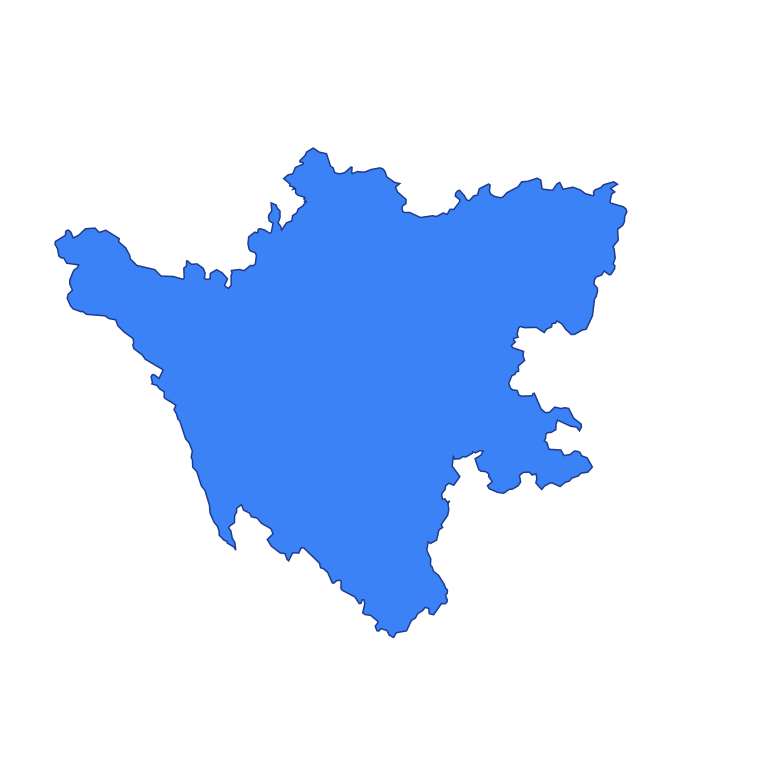 SVG path tracing the border of Sichuan, rotated 344°
{"feature_id": "CHN-1809", "entity_name": "Sichuan", "entity_type": "Province", "adm_level": 1, "iso_a3": "CHN", "parent_name": "China", "parent_adm1": "", "projection": "orthographic", "projection_center": [103.034, 30.167], "detail": "fine", "context": "isolated", "style": "filled", "palette": "blue", "viewbox_px": 768, "rotation_deg": 344, "n_neighbors": 0, "source": "natural_earth", "source_scale": "10m", "svg_char_len": 6159}
<svg xmlns="http://www.w3.org/2000/svg" viewBox="0 0 768 768"><g transform="rotate(344 384 384)"><path d="M663.5,256.3L655.7,258.5L658.8,263.0L655.2,264.1L651.3,271.4L651.9,272.7L662.8,279.5L664.7,282.1L664.9,285.5L661.7,289.0L659.8,294.2L657.2,297.3L651.2,299.7L648.8,310.3L642.0,315.1L642.4,317.8L641.0,326.6L637.4,331.7L638.5,334.0L637.5,336.7L632.3,341.3L630.5,341.0L626.8,336.1L623.3,339.2L617.2,339.7L614.6,342.5L613.4,346.0L615.4,350.4L615.0,353.3L612.1,358.4L609.9,360.1L603.1,376.0L593.4,387.1L589.6,386.8L581.0,388.8L577.7,388.1L573.6,381.2L571.6,375.2L567.7,371.1L565.5,372.8L562.2,372.3L560.8,375.3L555.5,376.0L552.2,378.7L546.1,371.6L534.7,368.6L530.9,366.3L528.8,367.2L525.7,372.8L525.8,376.0L521.2,375.9L520.6,377.3L521.8,379.8L517.0,382.2L517.7,384.6L527.2,391.2L525.4,395.1L525.7,400.1L518.1,403.6L516.9,408.8L514.4,408.8L512.5,410.8L509.1,411.3L504.1,417.8L504.5,422.8L505.8,425.0L510.2,426.9L510.7,432.0L513.1,433.7L523.3,436.2L524.6,434.3L525.9,434.3L528.1,451.4L531.1,455.9L535.1,456.9L541.8,453.3L547.4,456.4L551.2,456.6L554.8,458.4L556.9,469.2L562.4,476.8L561.9,479.8L559.0,482.9L557.4,478.6L551.7,476.0L540.8,466.5L538.2,470.2L536.6,475.3L531.1,476.6L527.7,475.8L525.6,477.3L524.5,480.6L522.5,482.6L524.5,485.6L524.5,492.2L535.8,496.2L537.3,502.4L543.5,503.1L548.7,500.9L552.1,502.4L553.5,503.8L554.2,507.5L558.9,511.0L561.4,521.2L555.6,524.9L548.5,524.0L545.6,525.9L538.5,526.3L535.3,528.4L530.8,528.5L525.0,531.1L518.4,525.5L516.1,525.0L510.2,526.3L506.5,528.9L502.7,521.0L504.8,517.2L505.4,512.3L501.2,512.3L499.5,508.8L493.4,507.3L489.0,509.3L488.3,515.9L484.7,518.9L478.7,520.4L475.0,519.8L469.0,522.0L463.4,519.5L456.3,513.7L455.4,510.3L461.1,507.7L459.1,501.9L460.0,499.4L457.5,496.2L453.2,494.6L451.5,492.5L450.9,481.0L457.6,479.1L460.8,475.8L457.6,474.5L452.9,475.4L450.5,473.7L449.7,475.0L442.4,476.7L440.1,475.5L436.2,476.7L431.2,475.7L430.6,473.1L426.9,481.7L431.4,493.9L423.2,500.5L419.0,497.3L415.2,498.9L413.5,502.4L409.1,505.5L408.4,510.9L410.9,511.2L412.3,515.2L414.9,514.4L412.5,516.7L411.7,522.4L409.0,527.8L400.2,534.9L400.8,538.1L396.7,539.3L391.5,548.6L384.7,550.1L382.8,548.0L379.3,555.7L380.7,565.1L378.7,571.0L379.8,572.9L379.9,577.6L383.8,583.2L386.7,593.3L386.8,596.9L388.2,599.5L387.2,602.5L384.9,603.8L385.3,608.9L384.5,610.9L382.5,612.1L378.6,611.0L368.1,619.5L364.2,617.2L365.2,612.1L362.0,610.1L358.5,612.5L353.1,614.0L349.7,617.6L345.1,618.9L337.6,627.5L327.3,626.5L323.4,630.3L319.8,626.9L318.9,621.8L313.8,618.4L310.9,620.0L309.2,619.2L308.8,614.4L312.2,611.9L312.6,610.3L307.4,602.7L302.4,600.5L300.4,598.2L304.9,590.1L305.2,586.0L303.6,585.3L301.5,588.4L299.7,588.3L297.3,580.6L286.9,570.7L286.3,568.4L288.3,562.2L287.9,560.6L284.3,560.0L280.9,561.6L279.4,560.9L278.0,549.9L275.3,545.2L272.4,543.1L272.6,538.5L261.8,519.6L259.4,518.5L255.5,523.0L249.7,521.1L243.6,527.7L242.5,526.0L242.1,519.8L237.6,517.7L231.0,508.8L228.9,501.3L236.0,497.5L235.5,492.0L227.9,484.2L225.1,477.9L219.9,475.1L219.2,471.0L214.3,466.6L213.7,460.7L208.2,462.8L206.9,466.6L204.2,469.2L202.0,476.1L196.2,478.1L195.1,479.5L196.3,483.2L195.6,490.5L196.9,495.3L195.7,502.9L194.9,499.4L189.5,493.7L189.5,491.9L187.1,489.9L183.9,483.9L185.0,480.0L184.7,474.7L182.7,470.4L181.2,460.1L182.8,452.4L182.6,436.9L180.4,431.8L179.9,416.6L177.2,411.3L178.9,404.3L178.5,401.2L181.3,395.6L180.5,387.2L178.2,381.8L177.5,363.0L176.2,361.1L176.3,355.8L175.1,350.7L178.1,347.0L169.6,337.5L169.0,336.2L170.6,331.0L166.9,326.7L165.4,322.8L160.9,319.9L161.8,318.9L162.1,312.9L163.6,311.3L165.3,311.4L169.4,316.6L175.6,309.5L161.3,294.3L159.8,289.6L153.4,281.2L153.3,277.2L154.7,275.6L155.3,271.1L148.4,262.2L144.2,254.6L143.8,248.4L137.6,245.2L134.5,241.5L117.2,235.0L114.3,231.2L112.5,230.9L105.9,226.1L104.2,222.4L103.1,214.2L105.2,210.7L110.4,207.9L109.5,201.2L110.7,197.3L117.1,189.2L121.4,187.7L123.4,185.4L112.3,180.4L111.0,174.9L108.2,173.5L106.7,171.2L107.5,164.3L106.3,159.0L107.4,156.4L118.7,153.3L120.2,149.5L121.3,149.0L123.2,149.1L124.8,151.8L125.5,157.9L131.7,156.8L139.8,152.5L149.2,154.5L152.0,159.8L158.9,159.5L169.6,171.3L168.1,174.2L173.2,181.9L175.0,190.3L174.6,193.8L179.1,201.9L195.2,210.9L199.4,218.8L211.1,222.6L219.6,227.9L221.1,227.2L223.5,217.5L226.6,216.1L228.2,211.3L229.0,211.5L231.9,215.9L237.4,217.0L242.1,222.9L242.6,228.2L240.5,232.9L241.7,234.3L245.7,235.1L247.5,229.8L254.7,228.0L259.1,232.6L262.6,239.8L257.7,245.6L260.9,249.3L264.5,246.6L266.7,238.1L268.6,235.3L268.5,232.8L276.5,234.1L280.8,236.5L288.1,233.3L291.2,234.2L293.4,233.0L296.8,225.3L296.3,222.2L292.3,219.3L291.5,217.1L291.9,211.6L294.5,205.3L301.6,202.4L304.0,203.9L305.8,200.7L307.6,200.5L311.6,203.0L315.8,207.7L317.5,207.1L321.7,198.8L318.7,195.6L318.9,191.9L320.0,189.7L323.8,186.7L325.4,178.8L329.7,182.3L329.8,185.2L331.7,189.1L329.9,195.3L326.6,200.0L328.1,203.9L328.1,207.7L334.7,202.2L340.3,201.7L342.6,196.9L347.3,195.5L349.8,192.1L354.7,190.6L358.5,187.8L358.1,187.0L359.5,187.4L358.0,183.9L359.5,182.9L353.2,178.7L351.7,176.1L352.7,171.8L350.0,171.8L351.8,170.2L347.9,167.5L348.8,165.8L344.2,158.9L349.5,156.5L354.2,156.9L358.5,151.4L367.2,150.3L367.3,149.0L364.3,147.2L364.9,146.0L370.9,142.8L373.7,139.6L381.0,137.7L385.7,143.3L392.2,146.8L392.6,159.7L394.8,162.5L394.6,166.7L396.6,168.5L400.0,169.9L404.6,170.0L412.1,166.4L413.0,167.0L411.2,171.8L411.6,173.0L417.2,172.5L423.3,175.0L430.7,174.3L439.6,175.1L442.1,176.8L443.5,179.7L443.7,185.6L449.7,193.1L454.4,195.7L449.2,198.0L450.0,203.3L456.1,212.7L454.7,216.8L451.4,217.6L449.9,219.4L449.5,223.3L451.1,224.9L455.8,226.1L464.9,234.0L477.1,235.7L480.7,237.5L488.1,235.9L491.5,238.4L495.5,234.3L499.3,235.4L507.2,229.5L507.6,227.7L504.3,223.0L505.5,220.4L507.8,218.8L510.1,218.6L513.2,225.3L514.2,229.8L516.5,231.4L522.0,227.9L526.0,228.1L529.4,222.6L539.7,220.6L540.8,222.1L538.6,227.4L538.8,230.7L541.7,234.0L547.5,237.2L550.2,236.9L554.8,234.0L567.3,231.4L572.0,227.6L578.1,228.8L587.9,228.4L590.9,231.2L589.8,239.4L590.4,240.5L599.4,244.3L605.5,239.3L608.5,238.7L609.8,246.1L619.8,246.9L626.3,251.7L629.9,256.5L636.6,260.5L637.8,260.4L638.3,257.2L640.0,255.7L646.8,254.9L649.9,253.0L660.6,253.0L663.5,256.3Z" fill="#3b82f6" stroke="#1e3a8a" stroke-width="1.5"/></g></svg>